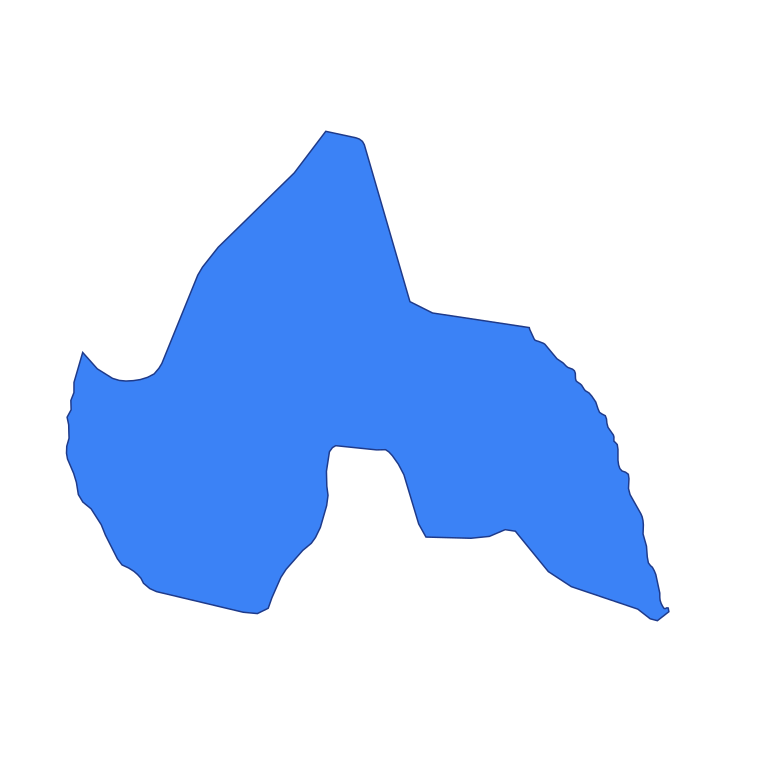 an SVG outline of Lakes, rotated 7°
{"feature_id": "SDS-863", "entity_name": "Lakes", "entity_type": "State", "adm_level": 1, "iso_a3": "SSD", "parent_name": "South Sudan", "parent_adm1": "", "projection": "robinson", "projection_center": [30.344, 6.76], "detail": "fine", "context": "isolated", "style": "filled", "palette": "blue", "viewbox_px": 768, "rotation_deg": 7, "n_neighbors": 0, "source": "natural_earth", "source_scale": "10m", "svg_char_len": 1989}
<svg xmlns="http://www.w3.org/2000/svg" viewBox="0 0 768 768"><g transform="rotate(7 384 384)"><path d="M295.4,140.3L326.3,143.1L329.7,143.9L333.0,145.8L335.3,148.9L399.7,299.1L423.5,307.6L521.3,310.3L522.0,312.1L527.5,321.0L528.7,322.2L530.5,322.6L532.3,322.9L537.4,324.2L538.9,325.0L552.6,337.9L559.4,341.4L562.3,343.8L564.3,345.1L569.3,346.3L571.4,347.7L572.6,350.1L573.4,355.2L574.2,357.3L575.3,358.2L578.8,360.0L580.3,361.1L583.2,364.7L584.6,366.1L588.6,367.9L591.7,370.7L596.4,376.1L599.5,382.7L601.4,385.9L604.0,387.2L607.5,388.5L609.1,391.6L610.0,395.7L611.6,399.7L617.9,406.7L618.7,408.6L618.9,410.9L619.3,412.9L620.6,413.7L622.9,415.7L624.2,420.4L625.5,431.1L626.7,435.7L628.4,439.2L630.8,441.3L634.5,442.1L637.5,443.8L638.7,448.2L639.4,457.9L641.7,463.8L654.7,481.4L656.4,484.3L657.7,488.0L658.6,492.2L659.4,501.3L664.3,513.0L666.4,523.6L668.2,529.3L670.6,531.8L672.7,533.2L675.0,536.4L677.0,540.0L683.2,557.9L683.8,562.5L684.4,565.0L685.8,568.0L687.7,570.8L689.4,572.7L690.6,572.6L692.0,571.7L693.4,571.7L694.5,575.3L684.2,585.6L676.8,584.6L663.3,576.5L594.6,562.3L570.0,550.2L532.3,514.1L522.0,513.8L507.2,522.4L489.1,526.5L444.3,530.8L435.5,518.7L414.8,471.6L408.0,461.8L401.0,454.1L397.1,450.8L393.6,449.0L384.6,450.3L343.6,451.1L340.6,453.4L338.1,457.9L337.5,477.7L339.7,492.4L342.0,501.3L341.9,511.7L338.3,534.2L334.7,544.7L331.3,550.9L323.6,559.1L309.4,579.9L305.2,588.5L298.8,609.8L296.4,620.7L286.3,627.3L272.1,627.7L183.5,617.8L176.5,615.6L169.6,611.1L166.4,606.4L162.7,603.2L158.6,600.4L152.9,597.7L146.0,595.5L140.7,590.0L125.9,567.9L120.5,558.1L108.5,543.6L99.5,537.9L94.1,531.0L90.7,519.2L86.9,510.6L79.0,497.0L77.3,491.4L76.7,484.5L78.0,476.2L76.0,462.9L73.5,455.6L76.6,447.7L75.2,438.5L77.3,430.3L76.1,420.2L81.1,389.4L97.6,403.9L113.9,411.5L120.8,412.7L127.5,412.5L134.8,411.2L141.6,409.3L148.5,406.2L154.6,402.0L158.7,395.8L161.0,390.7L185.9,298.6L189.6,290.1L202.8,268.4L269.2,185.4L295.4,140.3Z" fill="#3b82f6" stroke="#1e3a8a" stroke-width="1.5"/></g></svg>